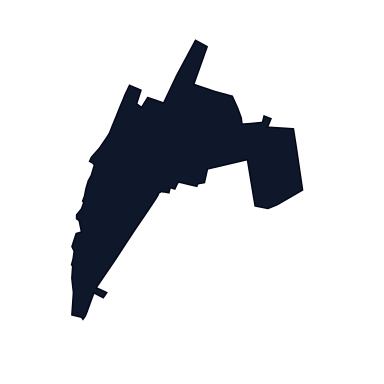 outline of City of Tomok, Chuy, Kyrgyzstan, rotated 283°
{"feature_id": "92254566B71058624193805", "entity_name": "City of Tomok", "entity_type": "district", "adm_level": 2, "iso_a3": "KGZ", "parent_name": "Kyrgyzstan", "parent_adm1": "Chuy", "projection": "natural_earth1", "projection_center": [75.292, 42.818], "detail": "fine", "context": "isolated", "style": "filled", "palette": "ink", "viewbox_px": 384, "rotation_deg": 283, "n_neighbors": 0, "source": "geoboundaries", "source_scale": "gbopen_adm2", "svg_char_len": 1326}
<svg xmlns="http://www.w3.org/2000/svg" viewBox="0 0 384 384"><g transform="rotate(283 192 192)"><path d="M43.4,114.4L47.4,116.0L50.4,116.5L59.6,117.6L71.6,119.1L69.0,129.3L74.8,131.6L77.2,120.2L78.0,120.5L108.8,132.5L127.1,139.2L140.8,144.3L142.2,144.8L164.3,153.4L177.6,158.4L181.4,159.6L183.5,159.8L184.1,160.5L184.8,161.3L185.9,162.4L185.5,163.1L185.9,166.1L186.0,169.7L190.8,169.7L191.4,170.4L191.2,172.3L191.0,174.6L194.8,175.4L197.2,176.0L198.6,176.4L198.7,181.0L198.6,185.7L198.6,195.4L201.4,195.9L203.9,202.0L217.9,201.9L236.0,238.7L192.6,256.6L193.0,269.7L198.7,277.8L218.8,299.3L259.8,283.3L276.4,276.6L272.2,251.0L281.2,252.5L282.3,245.1L275.7,245.0L271.8,233.4L269.4,225.5L275.5,223.2L284.0,217.6L294.4,209.7L295.1,191.5L297.3,169.5L337.0,174.1L340.6,161.3L302.0,150.8L272.3,144.3L273.3,135.8L274.1,127.6L263.1,123.8L265.5,118.2L279.7,119.4L281.9,107.1L271.5,104.8L265.5,103.9L259.4,102.8L248.9,101.2L237.9,99.4L231.1,98.4L228.0,97.4L225.0,96.3L213.8,91.9L203.3,86.2L198.8,85.3L197.9,88.7L196.3,90.8L185.5,90.1L179.6,88.4L171.4,87.9L163.9,88.2L158.5,87.5L157.3,88.9L150.7,88.1L143.8,84.7L140.0,85.5L138.7,88.5L128.2,93.3L125.5,88.5L111.8,87.3L107.8,90.5L100.1,91.2L94.0,91.0L92.9,92.4L81.0,94.3L67.2,99.1L45.2,102.6L45.1,112.1L44.7,113.0L43.4,114.4Z" fill="#0f172a" stroke="#020617" stroke-width="1.5"/></g></svg>